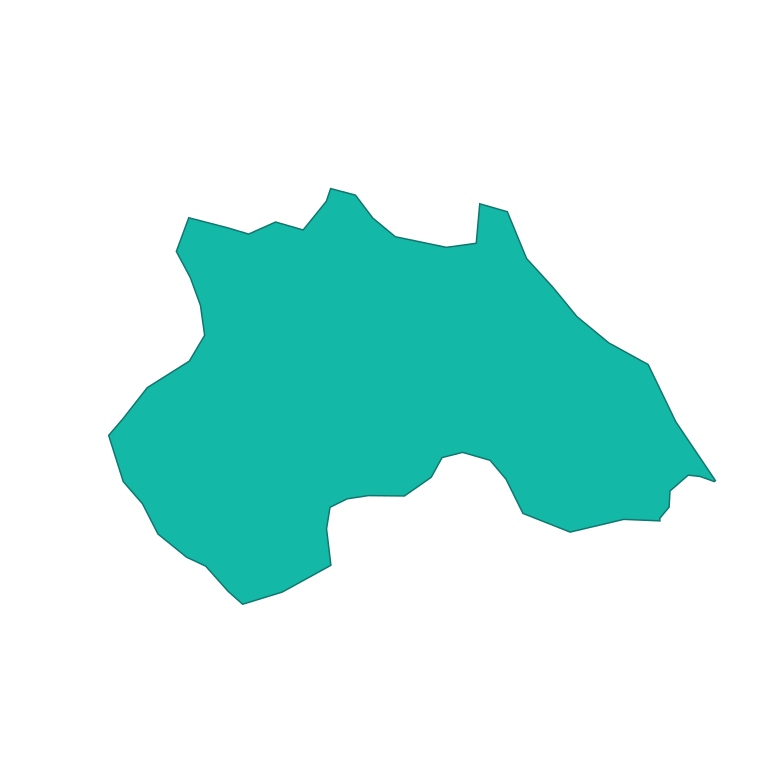 the district of Töreboda, Västra Götaland, Sweden, rotated 70°
{"feature_id": "70781695B31041938637991", "entity_name": "Töreboda", "entity_type": "district", "adm_level": 2, "iso_a3": "SWE", "parent_name": "Sweden", "parent_adm1": "Västra Götaland", "projection": "mercator", "projection_center": [14.213, 58.696], "detail": "fine", "context": "isolated", "style": "filled", "palette": "teal", "viewbox_px": 768, "rotation_deg": 70, "n_neighbors": 0, "source": "geoboundaries", "source_scale": "gbopen_adm2", "svg_char_len": 914}
<svg xmlns="http://www.w3.org/2000/svg" viewBox="0 0 768 768"><g transform="rotate(70 384 384)"><path d="M607.0,171.5L604.7,171.0L597.2,158.2L582.3,151.8L573.7,129.3L579.0,118.6L588.7,106.9L588.1,105.6L519.4,122.7L456.1,129.1L422.4,158.6L386.6,179.7L368.5,186.0L350.7,192.3L314.9,207.1L264.3,209.2L247.4,232.4L283.3,249.2L276.9,278.7L249.5,323.0L224.2,337.8L196.8,346.2L182.1,367.3L192.6,375.7L211.6,407.3L194.7,430.5L196.8,460.0L184.2,476.9L161.0,510.6L188.4,533.8L189.8,533.6L217.9,529.6L247.4,529.6L276.9,535.9L295.9,559.1L306.4,607.6L327.5,641.4L338.1,660.3L386.6,662.4L387.1,662.2L414.0,651.9L447.7,647.7L479.3,628.7L494.1,613.9L525.7,601.3L542.6,592.2L544.7,550.7L536.2,495.9L500.4,487.5L481.4,476.9L479.3,457.9L483.5,436.9L496.2,403.1L487.8,371.5L473.0,354.6L475.1,333.6L492.0,310.4L515.2,301.9L553.1,297.7L586.8,259.8L593.2,205.0L607.0,171.5Z" fill="#14b8a6" stroke="#0f766e" stroke-width="1.5"/></g></svg>